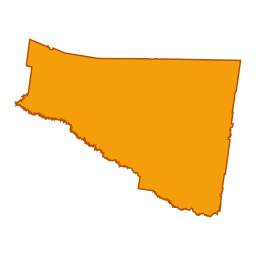 the district of Edward River, New South Wales, Australia
{"feature_id": "25037944B16722839752740", "entity_name": "Edward River", "entity_type": "district", "adm_level": 2, "iso_a3": "AUS", "parent_name": "Australia", "parent_adm1": "New South Wales", "projection": "natural_earth1", "projection_center": [144.82, -35.234], "detail": "fine", "context": "isolated", "style": "filled", "palette": "amber", "viewbox_px": 256, "rotation_deg": 0, "n_neighbors": 0, "source": "geoboundaries", "source_scale": "gbopen_adm2", "svg_char_len": 5800}
<svg xmlns="http://www.w3.org/2000/svg" viewBox="0 0 256 256"><path d="M222.3,188.0L224.4,173.9L225.3,174.1L230.0,139.6L228.0,139.3L228.1,138.0L229.1,137.8L229.1,137.0L230.3,136.8L229.9,136.1L230.7,135.7L230.4,135.3L230.9,134.7L230.1,134.2L230.7,133.6L230.6,132.5L230.2,132.1L230.8,130.7L230.7,130.4L230.1,130.5L229.8,129.5L230.3,129.4L230.0,129.0L230.6,128.7L231.0,127.4L232.5,126.8L233.0,123.7L231.3,123.9L232.9,112.9L232.2,113.4L235.3,91.7L236.1,91.5L240.6,60.4L179.5,59.3L161.2,59.0L160.8,59.4L155.7,58.6L155.3,59.0L150.6,59.2L148.1,58.8L98.3,58.5L65.0,53.1L53.1,48.1L52.8,49.7L49.4,49.2L49.6,47.8L48.0,47.6L48.2,45.9L47.9,45.8L47.8,47.0L29.8,39.4L26.3,65.7L31.9,67.0L28.2,94.0L27.9,93.9L27.5,94.7L26.7,94.1L26.2,95.2L27.0,95.0L26.9,95.6L25.6,95.4L25.3,95.7L25.0,95.4L24.4,96.0L24.7,95.2L24.1,95.1L24.0,95.9L23.8,95.2L23.5,95.7L23.0,95.8L22.7,96.6L22.1,96.6L22.6,97.1L23.3,96.7L23.1,97.5L24.1,98.1L23.1,98.6L22.3,99.6L21.2,99.4L21.4,100.3L20.6,100.4L21.0,101.0L20.3,100.9L20.0,100.5L18.0,102.1L16.6,102.5L15.5,102.2L15.4,103.4L17.0,103.5L16.1,105.3L18.3,104.5L18.5,105.2L19.3,104.8L20.3,105.2L20.5,105.6L20.1,105.9L21.2,106.9L21.5,106.8L21.7,107.3L23.1,107.2L22.9,108.2L24.7,108.0L24.0,109.1L24.1,109.7L24.9,108.8L25.1,109.8L25.6,109.6L26.2,110.2L26.2,109.6L27.0,109.6L27.2,109.8L26.7,110.4L28.3,110.2L28.4,110.8L29.0,111.0L28.5,111.6L28.5,112.3L29.1,112.4L28.7,112.9L30.2,113.5L30.3,112.2L30.7,112.0L31.3,112.5L30.9,113.0L32.2,114.7L33.2,114.7L33.2,113.4L33.4,114.5L33.7,114.6L33.6,114.0L34.4,113.2L34.5,114.3L34.9,114.6L35.3,114.5L34.9,114.0L35.5,114.1L35.7,113.5L36.2,113.3L36.6,113.4L36.4,114.2L38.0,113.2L38.9,113.3L38.5,114.3L38.9,115.0L39.7,114.3L40.7,114.1L40.3,114.9L39.2,115.5L39.7,116.0L40.8,115.7L41.4,116.7L42.1,115.6L42.5,115.5L42.3,116.5L42.8,117.2L43.5,116.3L44.1,116.2L43.5,117.6L44.4,117.3L45.1,117.9L45.2,118.9L45.6,119.1L45.9,119.0L45.8,117.9L46.5,117.4L46.8,118.6L48.1,117.4L48.9,118.8L49.4,117.8L49.8,118.6L50.9,118.1L51.3,118.4L51.2,119.2L52.1,120.1L52.6,119.6L52.8,118.3L54.1,119.5L54.6,119.2L54.1,118.8L55.0,118.3L54.9,119.2L55.2,118.8L56.1,119.6L56.8,118.9L57.0,119.4L58.5,119.6L59.4,120.3L60.7,119.2L60.8,120.6L61.6,119.4L61.8,120.4L62.4,120.9L63.6,119.9L63.9,121.0L63.6,122.6L65.2,122.2L65.1,121.8L64.2,121.8L64.5,120.7L65.0,120.7L64.9,121.6L65.6,121.3L65.6,122.1L66.7,121.7L66.2,122.1L66.8,122.9L66.4,123.9L68.1,123.3L67.9,124.5L68.5,123.7L68.9,124.2L69.4,124.1L69.6,124.6L71.2,124.9L71.0,125.8L70.4,126.1L70.7,127.0L71.6,127.1L71.4,127.5L71.9,128.0L70.4,128.7L70.5,129.4L69.5,130.0L70.2,129.7L70.5,130.5L71.3,130.0L71.8,130.6L71.9,131.1L70.7,131.4L70.8,131.8L71.6,131.5L71.4,132.6L72.0,131.7L73.0,131.7L73.6,132.3L73.0,133.3L73.6,132.9L74.1,133.3L74.7,132.8L74.6,133.8L76.5,134.0L75.6,134.6L76.0,135.2L76.8,135.0L77.3,135.5L77.2,135.9L76.6,135.3L76.9,137.0L78.0,136.0L77.7,136.8L78.0,137.7L78.6,137.2L79.1,138.2L79.6,136.9L79.4,138.3L80.7,137.4L81.3,139.1L82.0,139.8L83.0,138.6L83.5,139.0L84.0,138.4L83.9,139.3L84.7,138.9L84.5,139.6L85.2,140.2L84.3,140.7L84.6,140.9L84.9,140.7L84.8,141.3L85.7,141.5L85.2,142.1L86.2,142.4L85.6,143.3L87.0,143.1L86.8,143.6L87.3,144.1L88.3,143.5L88.0,144.2L88.3,144.5L89.0,144.3L88.6,145.3L89.1,146.0L89.4,146.0L89.5,145.3L89.8,145.2L90.2,145.9L90.8,145.3L91.1,146.1L91.9,145.5L92.3,146.4L92.8,146.7L92.9,145.8L93.4,145.3L93.7,146.2L94.1,145.7L95.0,145.4L94.6,146.0L95.3,146.2L95.9,147.2L95.2,147.8L95.9,148.4L95.5,148.9L95.2,148.2L94.4,148.3L95.0,148.4L94.8,149.8L95.9,149.1L96.8,150.5L98.0,149.5L98.4,150.0L99.7,149.4L100.3,150.3L101.3,150.3L101.7,150.9L101.1,151.6L101.7,151.6L101.5,152.5L102.0,152.2L102.6,153.2L103.1,152.6L103.8,152.8L102.8,155.2L103.1,156.8L104.6,157.2L104.9,158.0L106.0,158.1L106.5,158.7L106.9,158.0L107.6,159.5L109.0,159.3L108.9,160.5L110.3,160.0L110.7,160.5L112.9,160.7L113.7,160.2L115.8,160.1L115.4,160.8L115.7,161.6L116.1,161.9L116.6,161.4L117.0,161.6L116.6,162.8L118.7,162.3L118.4,163.7L119.0,164.2L119.2,165.7L120.2,165.3L120.7,165.5L120.1,166.4L121.8,165.8L122.2,166.5L123.2,166.3L124.0,166.7L124.0,166.1L124.4,165.8L124.8,166.8L125.4,166.8L125.8,166.2L127.5,167.0L127.2,167.6L127.5,168.1L128.0,167.4L128.7,167.9L130.8,168.0L131.8,168.6L132.3,170.1L133.7,171.6L133.8,172.4L135.0,172.7L135.6,173.2L136.2,172.6L137.7,173.6L138.0,175.5L140.0,176.7L138.3,188.6L153.0,190.7L153.1,191.7L153.7,191.2L154.7,191.7L154.9,192.7L155.3,192.6L155.2,193.7L156.5,193.7L156.2,194.3L156.6,194.6L156.5,195.2L157.6,195.8L157.7,196.7L158.5,196.1L158.4,196.8L159.3,196.7L159.8,197.7L160.4,197.1L161.2,198.6L162.1,198.7L162.4,198.3L163.8,199.3L164.1,199.1L164.4,199.6L165.2,199.2L165.4,199.7L165.8,199.5L166.2,200.1L166.8,199.4L166.8,199.8L168.2,200.0L168.1,200.6L168.8,200.7L168.6,201.3L169.2,201.1L168.9,201.9L169.7,201.7L169.3,202.2L169.9,202.4L169.6,202.8L169.8,203.5L171.3,203.4L172.0,205.1L172.7,205.0L172.7,205.6L173.3,205.7L173.0,206.9L174.4,206.4L174.6,206.7L174.4,207.2L174.8,207.3L175.6,206.8L175.8,207.2L177.4,207.1L178.2,207.8L178.2,208.4L180.0,209.6L180.3,209.2L180.9,209.6L181.6,209.3L181.9,210.1L182.6,210.1L183.7,208.8L184.3,209.2L185.0,208.7L185.5,209.1L186.2,208.7L186.7,209.5L188.0,209.4L188.6,210.1L189.4,210.1L191.7,208.3L192.8,209.1L192.8,210.7L193.2,211.4L194.3,212.1L195.0,212.0L195.9,214.0L196.6,214.2L196.7,214.8L197.7,215.2L198.8,215.3L199.2,214.8L198.8,213.9L199.5,213.9L200.0,214.3L201.0,213.7L203.7,213.6L204.2,214.1L204.6,215.1L205.6,214.6L206.1,215.3L207.0,215.1L207.2,216.0L207.8,215.6L210.5,216.6L211.1,215.8L211.9,215.7L212.3,214.5L214.1,213.3L214.8,213.4L215.1,212.9L216.5,213.4L217.3,214.4L217.9,210.9L219.8,211.2L220.0,210.0L219.4,209.8L219.6,208.5L220.2,208.6L220.4,207.3L219.4,207.1L219.6,206.0L220.5,206.2L220.9,203.3L220.4,203.3L221.5,196.1L220.1,195.8L220.4,194.0L221.6,194.2L221.9,191.8L222.3,191.8L222.9,188.1L222.3,188.0Z" fill="#f59e0b" stroke="#b45309" stroke-width="1.5"/></svg>